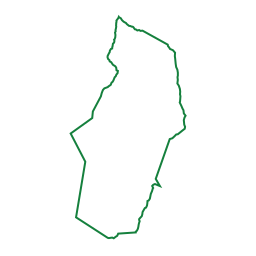 outline of Sina Sina Yonggomugl District, Chimbu, Papua New Guinea, rotated 182°
{"feature_id": "67681753B55512371565991", "entity_name": "Sina Sina Yonggomugl District", "entity_type": "district", "adm_level": 2, "iso_a3": "PNG", "parent_name": "Papua New Guinea", "parent_adm1": "Chimbu", "projection": "equal_earth", "projection_center": [145.006, -6.094], "detail": "fine", "context": "isolated", "style": "outline", "palette": "green", "viewbox_px": 256, "rotation_deg": 182, "n_neighbors": 0, "source": "geoboundaries", "source_scale": "gbopen_adm2", "svg_char_len": 2072}
<svg xmlns="http://www.w3.org/2000/svg" viewBox="0 0 256 256"><g transform="rotate(182 128 128)"><path d="M176.8,36.9L144.4,17.5L143.2,17.3L140.9,17.8L139.8,17.9L138.4,17.3L136.6,18.8L135.0,19.9L134.1,22.1L116.6,23.9L116.6,24.7L115.5,25.7L114.6,27.7L114.2,29.6L114.0,31.5L113.7,33.2L113.1,35.3L113.7,36.6L113.6,37.5L112.6,38.7L111.2,40.3L110.7,42.2L110.5,44.5L109.1,47.2L108.4,48.5L107.2,49.1L106.3,51.2L106.1,52.9L106.0,54.4L106.0,55.7L104.8,56.3L103.7,58.1L103.4,59.8L102.9,62.9L101.8,65.7L101.8,65.8L101.7,66.1L101.6,66.4L101.5,66.9L101.4,67.3L101.3,67.8L101.1,68.2L101.1,68.6L101.0,68.8L100.9,68.9L100.8,69.0L101.8,70.9L100.8,72.1L99.5,72.8L99.0,72.9L94.1,71.1L98.5,78.1L85.9,118.4L83.3,119.3L81.2,121.4L79.6,123.2L78.0,123.5L75.2,125.9L73.6,127.3L71.3,129.2L71.0,131.2L71.9,133.3L72.5,137.8L71.9,140.4L70.9,142.3L72.7,144.5L73.2,147.7L74.2,149.3L75.5,152.1L77.2,155.3L76.9,156.4L76.7,161.6L77.2,163.5L77.1,166.2L77.5,168.8L78.7,172.1L80.2,174.2L79.9,177.8L80.3,180.6L80.0,182.1L80.1,185.0L80.7,188.0L82.0,190.6L82.6,193.9L83.3,199.2L83.7,201.5L83.6,204.9L85.8,207.3L88.8,208.5L89.7,209.9L90.9,211.3L91.2,212.7L116.9,225.8L118.9,225.5L120.3,226.3L122.1,225.8L123.4,226.7L124.6,226.9L126.2,229.0L126.9,229.4L127.8,229.4L129.2,230.0L130.5,230.1L132.8,231.8L133.6,232.8L136.1,234.1L137.8,235.6L139.0,237.4L140.9,238.4L141.1,238.7L141.6,237.4L143.3,235.0L143.2,233.6L143.5,232.4L143.4,231.8L143.5,230.1L143.3,228.9L143.5,227.3L143.9,225.3L143.7,224.3L144.3,222.9L144.0,221.6L143.8,220.5L143.9,218.2L144.4,216.5L145.0,215.8L144.6,214.6L144.9,212.9L146.0,211.7L146.3,209.0L146.5,208.5L146.6,206.9L147.8,206.4L148.8,204.7L149.0,203.0L149.5,202.3L150.9,199.2L150.9,197.9L150.3,196.3L149.0,195.2L148.6,193.9L147.1,193.2L145.3,190.7L143.8,189.8L142.8,189.2L141.9,187.9L141.5,185.3L140.1,184.7L140.4,182.3L141.5,181.0L142.0,179.4L143.1,178.2L144.3,174.9L145.0,173.6L146.0,172.8L146.8,170.5L149.1,168.8L149.6,168.2L153.0,166.8L154.4,165.1L155.5,161.9L156.2,158.7L163.7,143.3L164.1,136.7L185.1,120.5L169.5,92.8L176.8,36.9Z" fill="none" stroke="#15803d" stroke-width="2"/></g></svg>